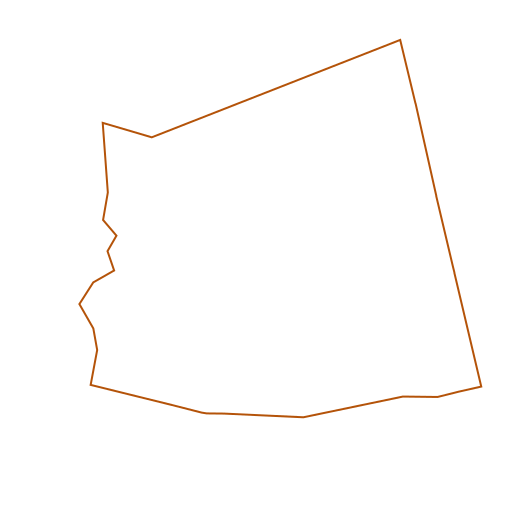 Warren, North Carolina, United States of America (Equal Earth projection), rotated 77°
{"feature_id": "52423323B14296787713089", "entity_name": "Warren", "entity_type": "district", "adm_level": 2, "iso_a3": "USA", "parent_name": "United States of America", "parent_adm1": "North Carolina", "projection": "equal_earth", "projection_center": [-78.081, 36.374], "detail": "fine", "context": "isolated", "style": "outline", "palette": "amber", "viewbox_px": 512, "rotation_deg": 77, "n_neighbors": 0, "source": "geoboundaries", "source_scale": "gbopen_adm2", "svg_char_len": 523}
<svg xmlns="http://www.w3.org/2000/svg" viewBox="0 0 512 512"><g transform="rotate(77 256 256)"><path d="M311.0,66.5L238.2,66.9L237.9,66.8L143.7,66.2L142.7,66.3L77.9,66.9L116.9,330.9L91.8,375.4L160.8,386.1L186.5,396.9L204.8,387.4L217.9,399.6L238.2,397.5L245.1,420.5L263.1,438.9L290.0,430.8L311.9,431.9L344.4,446.1L382.3,371.4L396.4,344.1L398.3,339.4L402.3,322.8L423.8,246.1L426.0,144.5L434.2,110.8L433.9,93.7L433.8,89.3L433.9,65.9L317.1,66.5L316.7,66.4L311.0,66.5Z" fill="none" stroke="#b45309" stroke-width="2"/></g></svg>